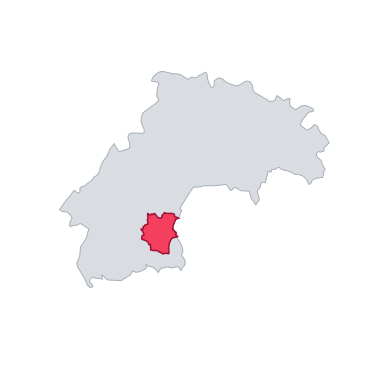 location of Kindia, Kindia, Guinea, rotated 303°
{"feature_id": "49546643B82751767083924", "entity_name": "Kindia", "entity_type": "district", "adm_level": 2, "iso_a3": "GIN", "parent_name": "Guinea", "parent_adm1": "Kindia", "projection": "orthographic", "projection_center": [-12.699, 10.108], "detail": "fine", "context": "in_parent", "style": "filled", "palette": "rose", "viewbox_px": 384, "rotation_deg": 303, "n_neighbors": 0, "source": "geoboundaries", "source_scale": "gbopen_adm2", "svg_char_len": 6898}
<svg xmlns="http://www.w3.org/2000/svg" viewBox="0 0 384 384"><g transform="rotate(303 192 192)"><path d="M231.7,246.5L228.9,246.2L227.6,246.7L223.9,251.2L221.6,252.9L218.1,252.4L216.9,252.7L215.9,252.2L217.2,249.8L219.0,244.9L223.6,240.1L223.7,239.0L221.8,236.2L219.8,232.3L219.7,228.2L219.3,225.2L215.2,224.4L214.5,223.9L214.4,222.9L216.7,217.7L216.8,216.6L216.5,215.7L214.0,213.1L210.1,208.2L203.3,198.2L200.8,196.1L198.4,193.0L197.5,191.1L195.0,190.4L171.6,190.6L171.1,193.2L163.1,195.0L158.1,193.0L152.6,194.1L149.9,195.5L147.8,201.4L146.6,202.6L145.4,205.2L144.3,206.7L143.1,209.6L140.5,213.7L137.7,216.4L133.0,217.8L131.6,222.2L130.5,223.8L128.7,225.0L126.7,225.9L122.9,225.0L120.7,225.8L120.4,224.7L121.6,221.3L120.6,219.5L116.9,215.9L116.6,214.2L115.5,211.9L110.6,207.3L106.1,207.6L107.4,203.8L107.3,198.6L105.8,195.8L106.2,193.0L105.3,193.2L103.8,195.1L101.4,194.5L96.5,191.4L94.0,188.5L93.7,185.9L93.2,185.0L91.6,185.5L88.6,185.4L79.2,180.9L72.5,169.6L72.4,167.1L73.4,162.7L73.2,161.5L70.1,164.4L69.5,162.5L67.2,157.9L66.5,155.3L64.3,154.2L62.5,154.0L61.1,154.8L59.2,160.1L57.8,160.0L56.4,158.9L56.8,155.0L60.4,150.1L66.5,137.7L68.7,134.8L70.1,133.8L72.9,133.7L78.5,132.1L85.4,128.3L90.6,128.6L96.8,128.2L104.8,125.5L104.9,117.2L104.7,115.3L101.8,113.6L100.2,112.2L98.8,110.3L97.0,109.0L97.1,107.6L100.7,105.9L103.9,105.9L105.0,105.2L105.8,104.0L106.8,101.0L107.1,97.8L105.0,93.6L105.1,90.5L116.9,91.0L123.3,91.9L128.6,92.1L129.5,92.8L128.7,95.7L129.4,97.5L131.2,97.9L134.2,95.9L135.7,96.3L139.0,98.9L142.1,99.6L145.5,101.0L148.6,101.7L151.4,101.6L153.5,103.0L157.5,103.5L162.5,101.7L166.5,100.9L172.1,100.7L175.1,101.2L183.6,99.8L190.3,100.6L189.3,101.6L186.2,108.2L186.6,109.4L193.5,115.0L195.1,115.5L196.9,114.7L199.9,112.1L202.2,109.2L204.4,107.8L207.0,107.9L209.1,109.9L214.0,118.2L215.2,119.3L216.4,119.3L218.5,117.7L219.6,115.8L224.0,110.3L231.0,107.5L247.6,113.7L250.0,114.1L251.5,113.7L253.5,109.9L259.7,106.6L262.6,105.7L264.3,105.6L265.0,104.6L265.3,103.0L264.9,101.5L263.0,98.6L262.9,97.8L264.0,97.2L266.4,96.8L269.4,97.1L272.9,98.2L275.7,100.0L277.4,102.1L280.6,110.9L284.2,117.8L284.2,127.1L285.7,128.0L287.4,128.4L288.2,129.1L290.0,132.9L291.6,134.0L293.5,134.2L297.1,136.7L299.4,137.6L299.8,138.3L299.7,139.3L298.8,140.6L295.4,143.3L293.7,145.5L290.3,150.8L290.2,151.8L290.9,152.5L292.4,152.6L293.9,152.2L297.2,150.2L299.7,150.9L302.2,152.3L303.1,153.8L303.4,155.8L302.9,158.4L302.8,161.3L303.7,166.2L305.1,171.1L306.4,172.9L314.6,177.1L315.4,178.7L315.9,180.5L315.3,183.0L314.5,184.4L310.1,188.4L309.4,190.2L309.8,193.6L310.3,208.0L312.1,210.4L314.2,211.6L319.2,210.8L319.1,214.8L318.5,219.3L321.4,220.7L322.9,222.0L323.7,223.3L319.2,225.7L317.9,227.1L317.3,230.9L317.5,234.3L323.6,236.7L326.1,239.6L327.1,242.6L327.6,248.2L327.0,249.5L325.5,249.6L322.3,246.2L317.5,245.9L314.0,245.3L308.1,245.8L307.1,246.8L306.5,254.4L307.9,255.6L310.8,257.0L312.6,257.6L314.2,257.4L315.4,258.3L315.6,260.8L314.8,262.6L313.3,264.3L311.4,268.7L311.9,272.7L308.6,279.1L307.7,280.3L303.2,279.1L300.3,278.8L298.3,280.4L295.4,278.0L294.8,276.0L293.8,275.6L291.8,275.6L290.1,276.8L289.3,278.8L288.9,282.9L285.7,286.8L283.5,291.6L280.9,291.2L280.3,291.8L277.5,293.1L275.1,293.5L274.4,292.2L273.0,291.1L271.4,289.1L269.7,287.5L266.3,286.4L264.9,286.9L263.3,286.8L262.2,286.1L262.4,285.1L264.1,282.6L265.1,280.3L265.7,277.8L265.7,275.4L264.7,272.0L263.1,269.3L262.7,267.8L262.9,265.5L262.5,263.5L262.0,262.4L261.3,258.5L260.4,257.8L259.8,254.7L260.0,251.5L258.6,250.3L256.6,249.4L255.3,248.2L254.6,246.8L253.8,246.4L253.2,246.5L252.6,247.3L251.9,247.5L250.7,244.5L250.2,244.4L249.4,245.1L239.8,248.5L238.6,245.7L236.7,245.2L233.6,246.4L231.7,246.5Z" fill="#d9dde1" stroke="#a8b0b8" stroke-width="1"/><path d="M127.3,205.8L127.5,205.9L128.1,206.0L128.7,205.7L130.5,204.3L132.4,203.0L134.4,201.8L134.9,201.6L136.6,201.1L137.3,200.7L138.1,200.6L139.0,200.6L140.7,200.3L141.0,200.3L142.5,200.7L143.3,201.0L143.9,201.6L144.8,202.6L145.3,202.7L145.5,203.0L145.9,203.8L146.5,204.0L146.8,204.1L146.7,203.7L146.6,203.2L146.7,202.9L146.9,202.9L147.0,203.1L147.2,202.7L147.4,202.4L147.4,202.1L147.4,201.8L147.5,201.4L147.8,201.4L148.2,201.2L148.5,200.9L148.9,201.2L149.0,201.3L149.2,201.1L148.9,200.2L149.0,200.0L149.1,199.9L149.6,199.9L149.6,199.7L149.2,199.5L149.2,199.4L149.5,199.2L149.5,198.7L149.9,198.2L149.9,197.5L150.0,197.4L150.3,196.8L150.2,196.7L149.9,196.6L150.0,196.3L150.0,196.2L150.6,195.7L151.5,195.8L151.7,195.7L152.0,195.3L152.2,194.9L152.4,194.8L153.8,194.5L154.0,194.5L154.6,194.3L154.8,194.2L155.3,194.2L157.7,193.7L158.6,193.5L159.9,193.1L160.1,193.2L160.4,193.4L160.5,193.5L160.8,193.8L161.8,194.2L162.5,194.7L162.7,194.8L162.8,194.9L162.5,192.8L162.1,192.1L161.9,191.3L162.3,190.3L163.2,190.0L163.6,189.4L163.7,188.9L163.4,187.5L163.2,187.0L162.9,186.6L162.5,185.6L162.2,185.3L161.4,184.7L161.1,183.8L161.1,183.5L160.8,183.1L160.6,183.0L160.3,182.7L159.9,181.9L160.0,181.5L159.8,181.0L159.9,180.7L159.8,180.2L159.6,180.1L159.4,180.0L158.8,180.0L158.3,180.1L157.8,180.1L156.1,179.6L155.7,179.7L155.0,180.4L154.6,180.5L154.1,180.3L153.5,180.3L153.0,180.2L152.9,180.1L152.9,179.7L152.7,179.1L152.4,178.4L152.1,178.3L152.0,176.9L152.0,176.7L152.6,176.0L153.2,173.4L153.7,172.8L153.6,172.4L153.5,172.2L153.2,172.0L152.9,172.0L152.6,171.7L152.0,171.7L151.7,171.5L151.9,170.7L151.5,170.0L151.1,169.8L150.5,169.9L150.2,169.9L150.0,169.7L149.9,169.5L149.7,169.3L149.6,168.9L149.6,167.8L150.2,167.3L150.0,167.0L150.0,166.8L149.8,166.6L149.3,166.8L149.0,167.1L148.7,167.2L148.3,167.5L147.7,167.9L147.2,168.6L146.9,168.7L146.0,169.4L145.6,169.6L145.3,169.5L144.9,169.5L144.7,169.6L144.4,169.7L143.1,170.9L142.6,171.2L142.5,171.5L142.0,172.0L141.6,172.3L140.9,172.4L140.6,172.1L140.6,171.9L140.4,171.8L140.2,171.8L139.9,171.5L139.6,171.1L139.0,171.1L138.8,170.7L138.3,170.4L137.9,170.4L137.3,170.6L136.9,170.5L136.5,170.2L136.2,170.0L135.9,169.9L135.3,170.6L134.6,171.1L134.4,171.2L133.5,171.0L133.4,170.5L133.3,169.8L133.2,169.5L132.6,170.0L132.4,170.7L132.5,171.1L132.4,171.5L131.7,172.6L131.3,173.2L131.2,173.8L130.8,174.1L130.6,174.5L129.8,175.1L129.7,175.1L129.6,174.9L129.0,174.4L128.3,174.1L127.8,174.0L127.0,174.3L126.4,174.7L125.9,175.3L125.2,175.5L125.2,175.8L125.4,177.0L125.5,177.4L125.7,178.6L126.0,179.2L126.0,179.9L126.1,180.5L126.2,181.1L126.0,181.6L126.0,182.3L125.5,183.1L125.1,183.6L124.8,183.8L124.5,184.4L124.5,184.8L124.8,185.3L125.2,185.4L125.2,186.0L123.3,187.1L123.1,187.6L122.7,187.6L122.3,187.9L122.1,188.3L121.8,188.5L121.1,188.6L120.8,188.9L121.2,189.8L121.6,190.8L122.0,191.7L122.3,192.1L122.8,192.3L122.7,192.8L122.8,192.8L123.3,193.8L123.8,194.1L124.0,194.8L123.9,195.5L123.6,196.0L124.1,196.9L124.1,197.4L123.9,197.7L123.9,197.9L124.2,198.6L124.3,199.0L124.0,199.8L124.2,200.9L124.5,201.3L124.8,202.1L125.2,202.3L125.4,202.3L126.7,203.9L126.9,204.4L127.0,204.9L127.2,205.1L127.3,205.7L127.3,205.8Z" fill="#f43f5e" stroke="#9f1239" stroke-width="1.5"/></g></svg>